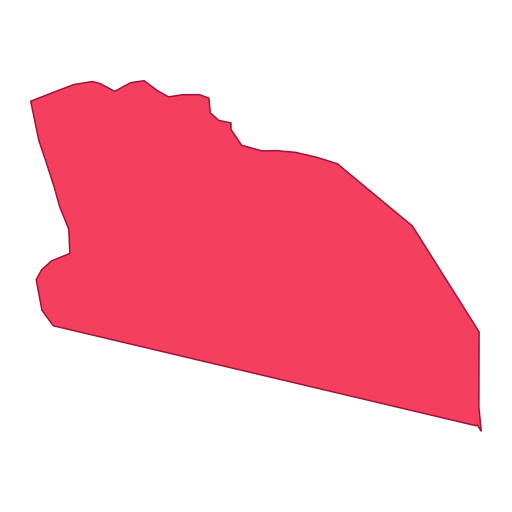 outline of Asomatos Lemesou, Cyprus
{"feature_id": "46923920B94310568342837", "entity_name": "Asomatos Lemesou", "entity_type": "district", "adm_level": 2, "iso_a3": "CYP", "parent_name": "Cyprus", "parent_adm1": "", "projection": "equal_earth", "projection_center": [32.967, 34.63], "detail": "fine", "context": "isolated", "style": "filled", "palette": "rose", "viewbox_px": 512, "rotation_deg": 0, "n_neighbors": 0, "source": "geoboundaries", "source_scale": "gbopen_adm2", "svg_char_len": 653}
<svg xmlns="http://www.w3.org/2000/svg" viewBox="0 0 512 512"><path d="M481.3,431.3L478.9,407.2L479.1,331.8L477.9,330.0L412.5,226.1L337.4,163.8L316.8,157.3L295.8,152.4L276.5,150.6L262.0,150.9L241.7,145.3L231.0,129.4L231.0,123.0L218.6,120.3L210.3,112.8L208.9,98.1L199.6,94.7L190.9,94.7L182.4,94.7L168.6,96.9L156.6,90.1L144.2,80.7L137.3,81.7L130.8,82.6L114.6,91.3L100.4,83.7L92.5,81.5L73.9,84.5L55.0,91.7L30.7,101.2L38.8,140.4L42.2,150.4L46.1,162.0L54.1,186.8L59.6,206.5L68.8,229.3L69.8,253.4L51.7,260.8L41.7,269.6L36.2,279.7L40.0,299.8L42.0,310.4L53.3,325.8L475.8,425.7L477.1,424.9L481.3,431.3Z" fill="#f43f5e" stroke="#9f1239" stroke-width="1.5"/></svg>